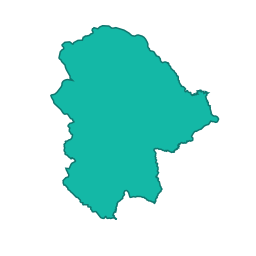 the district of Salazar, Norte de Santander, Colombia, rotated 105°
{"feature_id": "7082276B2065946999861", "entity_name": "Salazar", "entity_type": "district", "adm_level": 2, "iso_a3": "COL", "parent_name": "Colombia", "parent_adm1": "Norte de Santander", "projection": "robinson", "projection_center": [-72.837, 7.784], "detail": "fine", "context": "isolated", "style": "filled", "palette": "teal", "viewbox_px": 256, "rotation_deg": 105, "n_neighbors": 0, "source": "geoboundaries", "source_scale": "gbopen_adm2", "svg_char_len": 5753}
<svg xmlns="http://www.w3.org/2000/svg" viewBox="0 0 256 256"><g transform="rotate(105 128 128)"><path d="M210.3,155.2L211.1,155.3L211.6,155.0L212.1,153.9L211.9,152.3L213.4,151.9L213.8,151.4L213.4,150.6L212.6,146.9L214.4,146.3L214.4,145.0L214.0,144.1L214.2,143.3L215.9,143.1L216.7,141.9L218.0,140.8L218.1,140.1L217.2,138.1L217.2,137.0L221.5,131.3L221.7,130.6L221.8,129.0L221.5,127.8L219.3,126.8L219.2,126.5L220.4,125.5L220.6,124.2L219.8,122.8L219.9,121.3L218.9,119.7L218.5,118.5L218.5,117.6L219.3,116.3L219.2,115.8L218.7,115.8L218.4,116.8L217.1,118.6L216.2,118.8L216.3,119.8L215.1,120.0L214.3,119.7L213.3,119.7L212.5,119.0L212.5,118.3L212.2,118.1L211.8,118.8L211.4,118.4L210.4,118.2L210.4,118.8L210.2,119.0L209.0,118.4L207.7,119.1L206.1,118.5L205.7,118.8L204.8,118.6L203.9,119.1L203.2,118.7L202.3,118.7L200.1,116.8L198.6,116.0L198.0,115.3L197.2,114.9L196.8,115.2L195.4,115.2L194.0,114.4L193.2,114.2L192.6,114.5L192.1,115.3L189.5,114.8L188.8,113.4L188.8,112.7L190.1,110.8L194.2,108.3L194.4,107.8L193.7,106.3L192.9,105.2L192.7,102.8L191.8,101.8L190.9,97.9L191.2,96.1L190.8,94.2L191.4,93.7L191.5,92.6L192.2,91.3L192.5,91.2L192.6,89.9L193.0,89.3L192.7,87.5L193.0,86.5L192.8,86.2L193.2,85.4L193.0,84.4L193.6,83.8L193.4,83.4L193.8,82.9L193.1,82.5L192.0,82.9L191.3,82.2L190.3,82.8L188.7,82.7L187.7,81.8L187.0,82.4L185.2,81.7L184.0,81.9L183.0,81.2L181.6,80.6L180.8,79.8L179.7,80.0L178.5,79.4L177.8,79.7L177.3,80.5L176.3,81.0L175.8,81.8L171.9,83.8L171.4,84.9L170.4,85.7L169.4,85.4L168.9,85.7L168.5,86.2L168.5,87.8L167.7,88.4L167.4,88.4L167.1,87.6L165.7,87.7L164.8,87.3L163.1,87.0L162.2,88.4L161.3,88.5L160.6,88.2L159.4,88.6L158.8,88.6L157.9,89.1L157.6,90.0L157.0,90.0L156.2,90.4L155.0,90.1L154.5,90.6L154.5,91.9L154.0,92.4L151.6,92.1L150.8,93.5L149.5,93.3L148.6,94.4L147.4,94.2L146.7,94.5L145.1,94.5L142.8,97.2L141.6,97.2L140.7,96.3L140.9,95.8L140.1,94.3L140.1,93.4L140.5,92.7L140.2,91.9L140.0,90.4L140.6,88.6L140.4,87.6L140.8,86.4L139.9,85.6L140.5,85.0L140.5,84.6L139.6,84.3L139.3,83.7L139.6,83.1L140.3,79.6L139.8,79.1L139.8,78.3L139.3,77.1L139.0,77.0L138.5,77.6L137.2,77.0L136.8,76.2L136.3,76.2L135.9,75.2L135.4,75.5L135.2,75.1L134.3,74.8L134.2,74.0L133.7,74.2L132.4,73.9L132.4,75.0L132.0,75.0L131.7,75.3L131.5,75.0L130.6,74.8L130.6,74.0L130.4,73.8L130.1,73.7L129.8,74.1L129.2,73.1L128.4,72.9L128.1,72.1L128.5,71.0L128.1,70.2L127.6,69.8L127.9,69.4L127.6,68.3L126.9,67.5L126.1,67.4L125.5,67.6L125.2,66.1L124.3,65.2L124.5,64.2L123.5,62.7L122.9,62.3L120.9,62.8L120.3,63.9L119.5,64.5L116.3,63.6L114.3,62.8L113.8,62.2L113.5,61.1L111.3,58.9L110.1,57.0L106.3,54.8L104.7,52.9L103.7,51.1L99.9,49.8L100.0,48.1L99.6,46.5L99.9,45.1L99.3,43.7L98.4,43.2L95.9,42.8L94.6,44.0L94.0,45.1L93.8,46.5L94.2,48.0L94.1,48.7L93.8,49.8L92.8,50.9L92.7,51.5L91.5,51.6L88.2,53.6L86.4,54.0L85.8,54.8L85.3,54.6L85.2,56.2L83.4,57.0L82.4,57.1L82.1,58.4L81.2,58.3L80.0,59.8L78.9,60.2L77.8,61.1L77.1,61.0L76.1,60.4L75.0,60.7L73.4,59.6L73.8,60.9L72.9,61.2L72.8,62.8L74.0,62.4L74.9,63.6L74.3,63.8L74.0,64.1L73.2,64.6L73.2,65.2L74.0,66.3L74.0,67.0L73.7,67.2L72.8,67.1L72.8,68.2L73.6,68.5L73.8,69.7L74.4,70.8L75.0,70.1L75.9,69.9L76.4,70.7L77.1,69.5L77.3,70.3L78.1,70.8L77.7,71.4L77.7,71.8L78.4,72.0L77.8,72.7L78.3,73.2L78.6,72.5L78.8,72.5L79.5,73.6L79.4,74.3L79.9,74.5L79.0,75.9L77.6,76.6L77.5,77.1L77.9,77.7L77.8,79.0L76.6,80.2L76.8,80.8L77.9,81.4L78.1,82.0L77.3,82.8L76.1,83.0L75.5,82.5L75.2,82.7L74.3,84.1L73.8,85.4L73.9,87.3L73.2,87.5L72.5,88.5L70.7,90.3L69.1,90.9L68.6,91.9L65.6,92.7L64.9,93.5L65.0,94.4L63.1,95.5L62.1,97.3L60.9,98.3L60.6,99.5L59.7,101.0L59.5,101.8L57.6,102.9L56.8,104.4L56.1,105.0L55.3,105.3L55.3,106.2L54.6,106.3L54.8,107.1L54.5,108.6L54.8,109.8L55.9,111.4L55.6,112.8L54.6,114.0L52.9,114.7L51.2,116.6L50.9,119.6L49.8,120.2L49.2,121.4L48.4,121.8L47.6,123.0L47.5,124.7L47.7,125.9L47.4,126.8L46.7,127.7L45.9,127.9L45.3,129.1L44.0,130.1L41.8,130.5L40.2,131.6L37.7,134.0L36.3,136.0L35.6,138.2L35.5,142.2L36.0,143.4L37.5,145.2L37.8,147.9L37.3,149.2L36.1,151.5L34.5,157.2L34.2,165.7L35.4,168.1L35.7,169.5L35.4,170.6L34.7,172.0L34.5,173.0L35.8,179.0L37.6,181.3L39.8,182.7L40.0,183.2L39.9,186.8L40.2,187.0L40.8,187.1L41.3,187.9L41.8,188.0L43.1,187.9L44.4,186.5L45.7,186.6L46.9,188.4L48.5,189.2L49.9,191.9L50.2,193.1L51.1,193.5L51.9,194.7L55.0,194.8L56.3,199.0L59.5,202.4L61.3,202.9L61.3,203.3L60.0,206.3L60.0,206.9L61.6,211.2L64.7,213.2L65.6,212.9L66.7,211.1L67.7,210.7L68.4,210.7L69.6,212.0L71.9,213.1L78.2,212.8L79.0,212.0L79.4,210.6L81.1,209.1L83.6,205.0L85.6,204.1L87.6,202.6L92.9,197.4L95.0,196.8L95.8,194.8L96.4,193.8L96.8,198.9L97.4,200.2L98.6,201.9L99.8,202.8L101.0,203.2L101.8,203.3L103.9,202.9L105.8,203.3L111.8,205.8L113.9,207.2L114.6,208.0L115.9,210.5L116.6,210.9L118.3,209.7L121.0,207.0L122.7,206.2L123.4,205.5L127.5,197.7L130.2,194.7L130.9,193.5L131.0,192.5L130.2,190.9L130.3,189.8L133.7,185.9L133.9,183.8L135.0,183.3L135.6,182.1L136.1,181.8L138.0,184.0L138.4,185.2L140.9,186.5L141.9,186.3L143.1,184.2L144.4,184.3L146.3,183.9L147.2,182.5L148.5,181.4L148.6,180.1L149.0,179.8L152.0,179.6L153.6,180.3L154.1,180.7L154.9,182.1L156.4,183.3L156.8,184.6L157.3,184.6L157.4,184.9L158.0,184.5L158.9,184.5L160.0,185.4L160.4,185.5L161.9,184.7L162.6,184.8L163.4,184.0L165.9,184.0L167.0,183.4L168.0,182.0L168.8,182.2L169.4,182.1L169.9,180.8L169.9,179.8L171.4,177.5L171.5,176.8L172.5,175.1L172.3,174.7L171.3,174.5L171.2,174.2L171.8,173.0L171.8,171.9L172.8,171.0L173.1,170.4L173.7,170.2L174.1,170.4L176.6,173.1L177.8,173.6L182.5,174.3L183.0,177.6L184.8,176.4L186.1,175.0L186.9,174.7L187.8,173.5L189.2,172.9L190.7,173.0L192.1,175.2L195.6,177.1L196.0,176.8L197.8,176.4L199.7,175.1L199.5,173.6L200.8,172.0L201.1,171.0L203.0,169.9L203.5,168.0L204.4,166.9L205.4,164.7L208.2,160.1L208.2,158.3L208.9,157.4L209.9,155.5L210.3,155.2Z" fill="#14b8a6" stroke="#0f766e" stroke-width="1.5"/></g></svg>